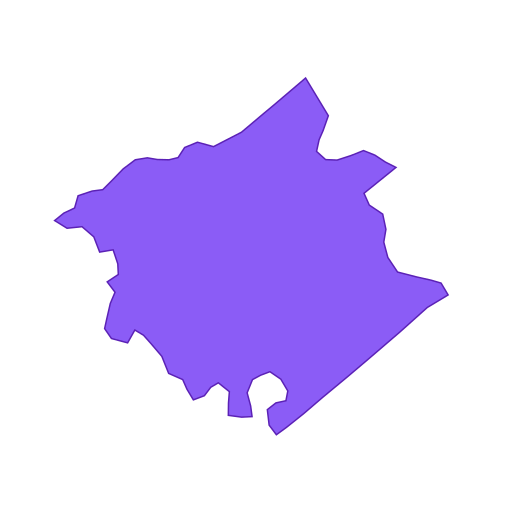 outline of Irati, Santa Catarina, Brazil, rotated 323°
{"feature_id": "56859067B4292176100261", "entity_name": "Irati", "entity_type": "district", "adm_level": 2, "iso_a3": "BRA", "parent_name": "Brazil", "parent_adm1": "Santa Catarina", "projection": "mercator", "projection_center": [-52.897, -26.627], "detail": "fine", "context": "isolated", "style": "filled", "palette": "violet", "viewbox_px": 512, "rotation_deg": 323, "n_neighbors": 0, "source": "geoboundaries", "source_scale": "gbopen_adm2", "svg_char_len": 1272}
<svg xmlns="http://www.w3.org/2000/svg" viewBox="0 0 512 512"><g transform="rotate(323 256 256)"><path d="M402.7,143.7L360.7,146.2L348.3,146.8L318.9,148.4L287.9,143.1L277.7,129.9L264.3,126.4L253.0,130.5L244.4,126.8L235.2,119.5L228.3,112.2L217.5,106.5L202.4,106.5L185.7,109.1L173.5,110.8L164.2,105.5L150.2,100.8L140.0,108.5L128.4,106.1L116.5,106.5L121.8,120.1L134.7,127.9L138.0,143.1L133.5,158.8L145.6,165.1L140.9,179.1L134.9,187.9L121.6,187.1L121.6,200.1L111.1,206.2L99.2,216.2L91.4,222.9L90.9,234.9L101.2,248.1L114.7,242.2L118.5,251.6L119.4,262.6L120.4,279.5L115.6,297.2L123.1,310.6L120.7,320.8L119.4,333.2L130.7,336.5L140.9,333.6L149.6,334.6L153.1,348.3L145.6,356.8L138.0,366.6L147.5,376.0L156.2,381.9L161.5,372.5L166.6,359.9L178.8,352.6L188.0,354.0L197.5,356.8L201.7,369.3L200.2,382.9L192.8,389.6L183.5,385.3L172.6,385.5L164.7,399.0L164.7,411.0L177.3,411.2L198.8,410.6L224.4,409.0L256.6,407.5L284.3,405.9L325.2,403.3L361.8,400.2L386.0,402.7L387.5,389.0L381.3,380.7L371.6,369.3L359.4,354.0L360.4,336.5L366.4,321.8L375.8,312.9L382.4,298.8L377.1,283.5L380.0,270.9L421.1,269.5L415.9,258.9L411.7,247.1L405.3,236.5L392.2,232.9L378.5,228.2L369.6,220.9L367.3,208.9L376.4,201.1L385.1,196.2L398.2,187.5L402.7,143.7Z" fill="#8b5cf6" stroke="#5b21b6" stroke-width="1.5"/></g></svg>